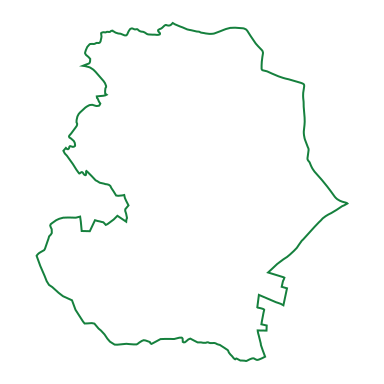 the district of Yen Mo, Ninh Bình, Vietnam
{"feature_id": "81297802B9308814425220", "entity_name": "Yen Mo", "entity_type": "district", "adm_level": 2, "iso_a3": "VNM", "parent_name": "Vietnam", "parent_adm1": "Ninh Bình", "projection": "robinson", "projection_center": [105.992, 20.128], "detail": "fine", "context": "isolated", "style": "outline", "palette": "green", "viewbox_px": 384, "rotation_deg": 0, "n_neighbors": 0, "source": "geoboundaries", "source_scale": "gbopen_adm2", "svg_char_len": 5797}
<svg xmlns="http://www.w3.org/2000/svg" viewBox="0 0 384 384"><path d="M49.0,284.9L52.3,287.1L58.6,292.8L63.0,296.2L72.0,300.3L75.5,309.8L83.0,321.5L84.6,323.5L87.6,323.4L91.8,323.1L94.4,323.6L95.9,325.4L98.6,328.6L100.9,330.5L104.5,334.4L107.4,338.7L110.0,341.7L114.6,344.6L117.2,344.7L126.4,343.8L129.3,344.1L133.6,344.4L136.6,344.4L137.7,343.8L139.2,342.6L141.9,340.9L143.7,340.2L145.6,340.5L149.8,342.0L150.6,343.4L151.5,343.9L152.7,343.3L160.5,339.1L166.0,338.9L174.2,339.0L179.3,337.7L181.4,337.6L182.0,337.8L182.6,338.6L182.8,341.9L183.8,342.4L185.0,342.2L186.3,341.2L188.4,339.4L190.3,338.6L193.9,340.5L197.6,342.4L201.0,342.4L203.2,342.8L204.8,342.8L205.8,342.8L207.2,342.3L207.8,342.3L208.3,342.4L209.4,342.9L210.5,343.1L214.2,343.0L214.9,343.1L215.4,343.3L216.0,343.5L217.0,344.1L218.5,344.6L219.8,344.9L227.6,350.0L228.1,350.6L228.6,351.9L229.0,352.7L230.4,354.5L232.1,356.2L233.6,358.1L234.7,359.1L235.0,359.2L235.2,359.3L235.5,359.1L235.9,358.7L236.2,358.6L236.4,358.5L236.7,358.6L240.1,360.4L240.3,360.5L241.4,360.5L244.5,360.7L246.0,361.0L246.6,360.9L250.0,359.2L251.9,358.5L252.4,358.4L253.3,358.3L253.9,358.4L254.7,358.9L256.5,359.8L257.6,359.9L258.4,359.7L259.0,359.5L261.7,358.4L265.1,356.7L262.8,350.5L260.9,345.0L260.8,343.7L258.7,335.2L258.3,333.9L257.8,331.6L257.7,330.4L260.0,330.5L266.5,330.6L266.7,325.5L261.4,324.3L261.8,321.7L263.5,312.8L264.2,309.8L264.0,309.5L263.6,309.2L262.7,308.8L260.6,308.2L257.7,307.6L257.3,307.3L258.9,294.9L276.2,302.3L277.5,302.7L280.9,303.9L283.4,305.3L287.0,288.3L281.7,286.8L282.9,281.4L283.2,280.6L283.7,279.7L284.4,277.7L283.7,277.3L277.9,275.5L268.1,272.5L277.3,263.9L283.3,259.4L285.9,257.7L287.0,257.0L289.9,254.6L293.8,251.0L296.8,247.9L299.1,244.5L301.8,240.7L303.1,239.5L314.7,226.7L318.9,222.3L320.7,220.6L322.7,218.4L325.6,216.2L328.4,214.5L331.2,213.1L336.7,209.8L342.1,206.2L344.2,205.3L347.4,203.5L347.1,203.2L346.0,202.7L342.3,201.7L340.0,200.8L338.1,199.7L337.0,199.0L335.7,197.8L334.8,196.8L330.6,191.0L327.2,186.5L322.0,180.1L314.5,171.6L312.7,169.0L311.9,167.6L310.9,165.5L309.6,162.3L308.2,160.6L307.9,160.1L307.7,159.6L307.5,159.1L307.5,158.1L308.3,152.3L308.6,150.0L308.5,148.9L308.4,148.4L307.8,147.1L305.0,139.7L304.6,138.4L304.0,135.2L303.8,133.1L303.8,131.4L304.5,124.9L304.7,121.7L304.6,117.7L303.7,106.7L303.6,101.9L303.2,98.0L303.1,95.8L303.2,92.8L303.8,88.9L304.2,86.1L304.1,84.9L303.9,84.5L303.7,84.2L303.1,83.8L302.1,83.3L300.7,82.8L288.7,79.3L285.6,78.6L283.1,77.9L278.4,76.3L271.8,73.5L267.2,71.4L266.1,71.1L262.8,70.3L262.5,70.2L262.1,69.9L261.8,69.4L261.6,68.9L261.6,66.8L261.6,65.4L261.8,61.6L262.4,56.8L262.9,53.8L263.0,52.9L262.9,52.3L262.5,51.0L262.0,50.3L257.9,46.0L255.7,43.5L250.6,36.0L247.3,30.8L246.3,29.7L245.8,29.3L244.0,28.5L243.1,28.3L235.0,27.7L230.2,27.9L227.9,28.5L226.0,29.0L223.6,29.9L220.1,31.3L214.2,33.5L213.1,33.7L210.6,33.9L209.5,33.9L205.5,33.4L204.2,33.1L201.0,32.6L199.1,31.7L196.7,31.5L191.1,30.2L189.4,29.9L187.2,29.4L182.6,27.4L180.1,26.5L174.9,24.3L172.7,23.0L171.2,24.6L170.5,25.1L169.8,25.4L168.8,25.6L167.9,25.5L166.9,25.3L166.2,25.0L165.6,25.0L165.2,25.2L164.5,25.6L163.1,26.9L162.4,27.6L161.2,28.5L159.9,29.0L158.6,29.7L158.1,30.2L158.1,30.8L158.3,31.4L158.9,32.1L159.5,32.6L159.8,33.0L160.0,33.4L160.0,33.7L159.9,34.1L159.7,34.4L158.9,34.7L157.6,34.9L156.8,34.9L155.2,34.7L153.2,34.7L149.6,34.5L148.2,34.4L147.5,34.2L146.8,33.9L144.9,32.6L143.9,32.1L143.1,31.8L141.2,31.6L140.0,31.2L139.2,30.8L137.6,29.4L137.2,29.2L136.7,29.2L135.4,29.4L134.9,29.4L134.4,29.3L132.5,28.5L131.8,28.4L131.1,28.6L130.6,28.8L130.1,29.1L129.2,30.4L128.5,31.5L127.4,34.0L127.0,34.7L126.1,35.4L125.0,35.4L124.4,35.3L120.5,33.7L118.3,33.5L115.5,32.6L113.6,31.4L113.0,31.2L112.6,30.7L112.1,30.7L111.2,30.9L109.9,31.9L108.9,32.0L107.9,31.8L106.7,31.9L105.9,32.3L105.3,32.4L103.3,32.2L102.2,32.5L101.5,32.8L101.1,33.2L101.3,35.1L101.5,36.4L101.3,38.0L100.9,39.6L100.6,41.2L100.2,42.0L99.6,42.7L98.7,43.0L96.7,42.9L95.9,43.2L95.4,43.5L94.4,43.9L93.5,44.0L92.4,43.9L90.3,44.0L89.6,44.3L87.3,46.9L85.9,50.0L85.1,52.6L85.1,53.4L86.0,54.9L88.5,57.0L90.2,58.9L90.1,61.2L89.8,62.4L89.3,63.2L88.5,63.7L86.7,64.3L82.9,65.8L85.1,66.1L88.2,66.9L89.8,67.4L91.3,68.3L93.4,69.7L95.6,71.9L103.6,81.1L105.0,83.2L106.1,86.0L106.1,87.0L105.4,88.3L105.1,91.2L105.2,93.6L106.6,94.7L105.2,95.4L103.0,95.8L100.7,96.0L96.8,96.4L97.0,97.9L97.9,99.0L98.9,101.5L100.3,103.6L99.9,104.5L99.2,105.6L98.0,105.9L96.4,106.0L95.2,105.7L92.3,104.8L90.0,105.0L88.9,105.4L86.9,106.5L85.3,107.6L80.1,112.4L78.7,114.0L77.4,116.5L77.1,117.8L76.6,120.0L76.5,122.3L77.1,123.5L77.1,124.8L76.6,126.1L71.3,133.3L69.3,135.6L69.0,136.6L69.4,137.5L71.0,138.5L73.8,141.0L74.7,142.7L75.0,144.3L75.1,145.2L75.0,145.9L74.1,146.6L72.9,146.9L70.1,146.1L69.4,146.7L69.1,148.0L68.8,148.6L68.0,149.2L67.1,149.1L65.9,147.9L63.4,150.8L64.8,153.5L66.9,155.7L72.9,164.1L76.4,169.7L78.2,172.2L79.1,173.4L79.3,173.5L79.7,173.4L80.6,172.7L81.4,172.2L81.9,172.1L82.5,172.4L83.0,172.9L83.6,173.9L84.3,174.7L85.0,175.1L85.3,175.2L85.8,175.0L86.1,173.9L86.1,171.4L86.4,171.0L87.3,171.7L91.5,175.9L95.6,180.3L97.2,181.1L99.7,182.7L104.2,183.7L105.3,184.1L107.0,184.3L108.8,184.8L110.3,185.9L111.4,188.1L113.6,191.4L116.1,195.5L118.2,195.8L122.4,195.4L124.2,195.0L124.9,198.0L126.1,200.7L128.5,205.4L126.8,207.4L125.3,209.2L125.2,210.9L126.1,213.6L127.0,218.0L126.4,219.6L126.2,221.7L117.4,215.8L113.7,219.5L107.5,224.1L105.8,224.9L103.4,222.3L101.5,221.9L99.7,221.4L97.6,221.0L95.0,220.2L89.8,231.2L81.7,231.0L80.8,221.5L80.1,216.6L75.8,217.7L68.4,217.5L63.2,217.7L59.2,218.8L56.2,220.2L52.1,223.1L50.7,224.2L50.2,225.6L50.8,227.4L51.7,229.2L51.8,233.0L50.9,234.5L49.1,236.4L48.4,238.9L47.5,241.4L45.0,248.7L44.2,250.1L40.5,252.2L38.8,253.3L37.4,254.7L36.6,255.8L40.3,266.0L44.6,275.9L46.7,281.2L49.0,284.9Z" fill="none" stroke="#15803d" stroke-width="2"/></svg>